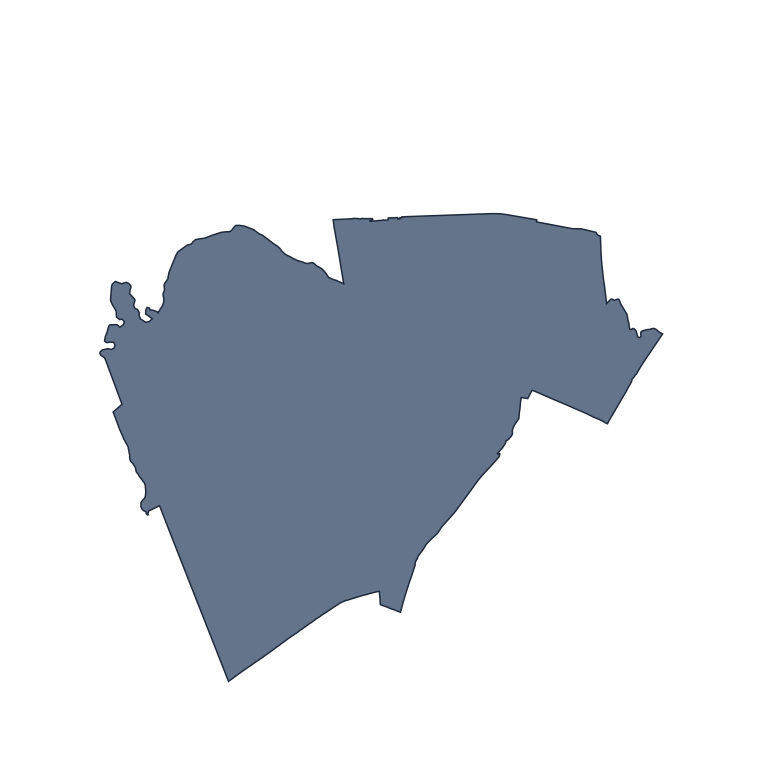 the district of Ghidigeni, Galati, Romania, rotated 64°
{"feature_id": "2599482B46440219458766", "entity_name": "Ghidigeni", "entity_type": "district", "adm_level": 2, "iso_a3": "ROU", "parent_name": "Romania", "parent_adm1": "Galati", "projection": "natural_earth1", "projection_center": [27.503, 46.029], "detail": "fine", "context": "isolated", "style": "filled", "palette": "slate", "viewbox_px": 768, "rotation_deg": 64, "n_neighbors": 0, "source": "geoboundaries", "source_scale": "gbopen_adm2", "svg_char_len": 6170}
<svg xmlns="http://www.w3.org/2000/svg" viewBox="0 0 768 768"><g transform="rotate(64 384 384)"><path d="M517.7,200.5L515.9,198.3L513.1,194.1L511.4,191.4L503.0,178.9L498.8,172.5L497.1,169.9L493.3,164.8L492.1,162.8L490.6,160.8L490.3,160.4L488.8,159.2L488.2,158.3L487.7,157.0L486.8,155.3L485.9,153.7L485.9,153.1L481.9,147.1L479.1,142.7L461.1,111.6L460.0,112.4L459.4,112.9L458.9,113.3L458.1,113.8L456.3,114.7L455.1,115.1L453.8,115.8L452.6,116.8L452.2,117.4L451.9,118.1L451.7,119.0L451.5,120.0L451.4,121.1L451.2,121.7L450.8,122.7L450.3,124.4L449.7,127.3L449.5,128.5L449.5,129.2L449.6,129.7L450.0,130.3L450.5,130.7L451.8,131.4L452.5,131.6L453.2,131.8L453.8,132.0L454.1,132.4L454.2,132.8L454.3,133.4L454.2,133.9L454.0,134.3L453.6,134.8L453.2,135.0L452.7,135.2L451.2,135.0L447.8,134.3L446.9,134.2L445.7,134.4L445.0,134.6L444.1,135.0L443.7,135.3L443.4,135.6L443.2,136.0L443.2,136.4L443.3,138.0L443.1,138.5L442.8,138.8L442.5,139.0L441.8,138.9L440.6,138.6L436.4,137.2L432.8,136.5L429.9,135.6L428.7,135.3L427.9,135.1L426.0,135.2L423.5,135.5L415.9,136.1L411.6,135.7L410.7,135.9L410.2,136.6L409.9,137.8L410.0,139.2L409.8,140.3L409.0,140.8L407.8,141.7L407.3,142.5L407.3,143.2L409.3,148.7L406.0,147.5L391.8,142.6L386.0,140.8L381.8,139.3L371.6,135.6L367.9,134.2L359.3,130.6L346.0,124.7L344.8,125.9L343.1,126.8L340.5,127.1L331.0,138.7L326.9,146.7L305.5,175.4L305.2,175.8L303.4,174.7L285.3,199.8L282.1,204.7L280.0,208.7L278.0,212.7L243.5,290.3L242.7,292.4L241.6,294.5L242.4,294.8L242.1,295.5L241.5,296.7L242.6,297.1L241.6,299.2L240.4,298.8L236.6,307.4L238.4,308.4L237.0,311.7L236.8,312.0L236.3,312.5L236.4,312.9L231.5,325.9L231.1,322.4L231.2,322.0L230.3,321.9L226.6,329.4L225.5,331.3L225.1,333.5L223.7,335.2L221.7,338.9L222.0,339.1L214.0,357.7L221.1,360.1L240.2,365.5L276.3,376.3L275.1,377.2L269.7,381.7L268.3,383.4L264.0,386.9L262.6,387.3L260.4,387.4L258.5,387.8L256.7,388.2L254.5,388.9L253.2,389.4L250.9,390.9L249.2,392.2L247.3,393.2L245.5,393.8L244.1,394.6L243.0,396.1L242.6,398.6L241.8,400.5L240.7,401.9L238.4,404.0L235.3,407.4L231.8,410.3L228.0,412.9L225.8,414.7L224.2,415.9L220.2,417.4L216.1,418.3L213.3,419.4L210.7,421.1L197.0,428.0L194.2,430.4L188.1,433.5L180.9,440.2L178.0,444.5L176.5,447.7L177.6,450.8L178.9,453.1L179.4,454.9L179.1,456.7L178.0,459.1L176.3,463.9L175.0,472.9L174.4,480.9L172.8,485.9L171.6,490.1L172.5,493.7L173.5,495.0L173.6,497.1L173.0,499.1L173.0,500.7L174.8,511.1L176.9,514.4L189.5,528.4L193.0,531.0L194.6,532.0L197.4,537.0L198.9,538.5L200.6,539.0L202.4,539.7L203.9,540.6L205.8,542.8L207.7,543.8L210.1,544.3L212.4,545.3L214.7,546.9L216.4,548.6L218.7,552.4L221.0,555.9L219.9,555.9L216.3,559.4L214.9,561.7L212.8,561.6L211.3,563.3L212.7,565.2L213.7,566.1L216.7,567.6L219.5,565.9L223.8,563.7L224.9,567.5L224.1,571.1L218.7,574.3L214.8,574.0L212.8,572.6L208.9,573.0L207.0,574.6L203.7,574.7L199.5,571.0L198.0,571.0L191.4,573.0L188.4,571.2L186.4,569.2L184.8,568.5L181.8,569.3L179.6,571.3L178.9,575.8L174.0,580.6L175.2,584.5L176.9,586.1L188.8,593.1L192.9,593.4L201.0,592.8L206.7,595.1L210.2,593.4L210.9,591.0L214.2,590.1L216.4,592.1L217.2,596.5L213.8,597.8L210.7,604.0L211.3,606.0L216.0,610.2L219.7,614.1L223.1,616.4L225.2,615.2L226.4,611.8L227.9,608.8L230.9,608.6L233.5,611.0L233.4,614.1L231.2,616.5L229.9,622.3L230.7,625.0L232.1,626.0L233.5,626.0L235.4,625.2L237.8,623.7L241.0,623.8L287.5,628.4L287.7,629.7L290.5,639.8L292.6,639.9L308.8,641.5L316.9,641.8L320.0,642.0L321.5,641.8L322.9,641.9L327.3,641.5L328.7,641.7L330.0,642.1L332.3,642.6L334.6,643.4L335.9,643.5L338.0,644.6L339.8,645.3L340.5,645.4L341.7,645.6L342.7,645.5L343.7,645.2L344.5,644.8L345.2,644.6L346.1,644.5L346.7,644.5L347.8,644.3L349.1,644.1L350.6,644.2L351.7,644.5L352.7,644.8L353.8,645.1L354.7,645.1L355.5,645.0L356.8,644.6L357.5,644.5L358.6,644.4L360.1,644.4L360.4,644.3L363.8,643.5L364.4,643.4L365.4,643.4L367.8,642.8L368.3,642.8L370.3,643.0L376.4,645.3L379.8,647.4L381.2,648.7L381.8,649.6L382.3,651.0L383.5,653.5L384.2,654.4L384.4,654.6L385.2,655.0L387.7,656.3L388.2,656.3L389.6,656.4L390.2,656.3L391.2,656.0L392.0,655.8L392.2,655.7L392.8,655.3L394.0,654.3L394.4,654.1L394.8,654.0L395.0,654.1L396.1,654.5L398.0,654.0L398.1,653.1L397.0,653.0L395.0,651.2L395.0,639.1L423.7,641.5L583.1,654.1L582.9,653.0L582.5,650.6L581.1,643.0L580.6,640.3L580.2,637.6L579.9,635.9L579.6,633.9L578.9,629.7L578.7,627.4L578.3,625.5L578.2,624.6L577.9,623.0L577.7,621.7L577.6,620.9L577.3,619.1L577.1,617.2L576.9,616.3L576.5,612.7L575.8,609.5L575.5,606.9L575.2,605.9L575.0,604.7L574.4,600.8L574.0,598.4L573.6,596.9L573.3,595.3L573.0,592.7L572.5,590.7L571.8,586.7L571.5,584.9L570.8,581.4L570.6,579.9L570.2,577.5L570.1,576.4L569.9,574.9L569.6,573.6L569.4,571.2L568.8,568.7L568.5,566.6L568.3,564.9L567.4,559.9L567.2,558.4L566.8,556.9L566.5,553.6L565.3,547.4L564.9,543.4L564.4,540.9L563.9,536.3L562.9,529.1L562.1,523.4L562.1,522.5L561.8,520.5L561.6,518.5L561.7,516.3L561.7,515.0L561.8,514.4L562.0,512.6L562.2,512.0L563.8,501.2L564.1,499.7L564.3,498.4L565.0,494.4L565.6,491.9L565.8,490.3L566.1,488.5L566.9,484.6L567.6,481.4L567.9,480.3L568.3,479.1L576.5,482.2L577.9,482.9L580.7,484.0L585.5,479.4L588.1,477.1L589.5,475.8L590.1,475.3L590.7,474.5L596.4,469.2L588.8,462.7L580.9,455.4L574.2,449.0L569.1,443.8L562.9,437.8L560.2,435.2L559.1,434.9L557.8,433.9L556.2,431.7L555.2,430.1L554.6,429.8L553.9,429.1L553.1,427.6L551.7,424.8L549.8,421.2L546.7,416.5L545.9,414.6L543.9,408.8L542.8,405.1L541.9,402.1L541.1,400.3L540.1,398.6L539.1,397.0L538.4,396.0L537.4,394.0L530.6,377.3L529.0,374.1L526.0,368.3L525.0,366.5L522.5,361.8L521.0,358.9L517.0,351.3L513.8,345.4L512.0,342.0L509.0,335.3L504.4,323.3L501.3,315.8L499.9,312.6L498.0,310.7L497.6,310.5L497.3,310.5L497.1,310.6L497.0,310.9L497.0,311.8L496.8,312.4L496.5,312.5L496.1,312.4L494.8,309.3L493.5,305.9L491.7,302.7L490.0,300.3L488.4,299.2L488.4,298.8L488.5,297.7L488.4,296.6L487.7,294.7L486.6,292.3L485.3,290.5L484.6,290.1L483.0,289.5L481.4,288.6L478.9,285.8L478.1,284.8L474.8,279.0L474.0,277.8L469.5,275.2L465.9,272.7L463.4,271.2L459.8,269.0L456.3,266.6L460.1,261.2L454.6,253.8L454.7,253.5L457.4,251.0L475.3,235.7L479.1,232.3L490.6,222.5L499.1,215.2L505.4,210.4L510.1,206.2L513.2,203.8L516.0,202.0L517.1,201.1L517.7,200.5Z" fill="#64748b" stroke="#1e293b" stroke-width="1.5"/></g></svg>